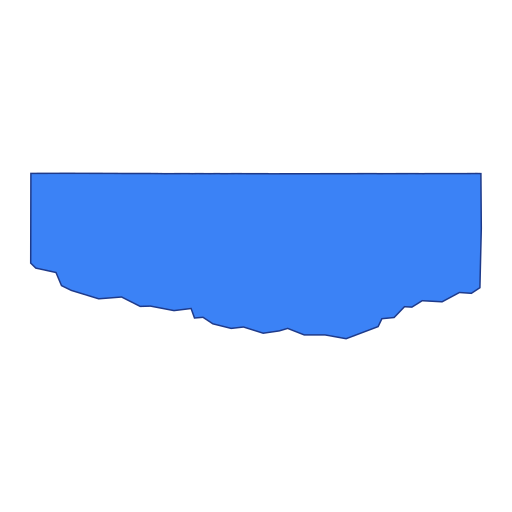 the district of Keya Paha, Nebraska, United States of America
{"feature_id": "52423323B7947065796297", "entity_name": "Keya Paha", "entity_type": "district", "adm_level": 2, "iso_a3": "USA", "parent_name": "United States of America", "parent_adm1": "Nebraska", "projection": "robinson", "projection_center": [-99.716, 42.858], "detail": "fine", "context": "isolated", "style": "filled", "palette": "blue", "viewbox_px": 512, "rotation_deg": 0, "n_neighbors": 0, "source": "geoboundaries", "source_scale": "gbopen_adm2", "svg_char_len": 1034}
<svg xmlns="http://www.w3.org/2000/svg" viewBox="0 0 512 512"><path d="M279.2,330.9L287.7,328.4L304.2,334.9L325.0,334.9L346.1,338.7L378.1,326.6L381.9,318.7L394.1,317.5L404.5,306.7L411.9,307.1L422.2,300.7L442.1,301.8L459.4,292.5L471.4,293.3L479.9,287.7L481.3,228.5L480.9,173.6L477.0,173.5L464.9,173.6L436.7,173.6L426.5,173.6L425.3,173.6L423.8,173.7L413.7,173.6L377.5,173.7L376.0,173.6L368.3,173.6L366.6,173.6L347.6,173.7L347.0,173.7L330.9,173.7L268.9,173.8L267.9,173.7L259.4,173.7L255.8,173.7L248.0,173.7L235.9,173.6L226.5,173.7L220.7,173.7L219.3,173.6L216.4,173.6L210.4,173.7L197.0,173.6L192.3,173.7L187.6,173.6L183.8,173.6L164.4,173.7L160.0,173.6L149.2,173.5L148.9,173.5L144.0,173.5L123.3,173.5L112.3,173.4L109.1,173.4L68.7,173.3L65.3,173.3L65.0,173.3L30.9,173.4L30.7,263.1L35.8,268.1L56.0,272.5L61.5,285.6L71.3,290.4L98.7,298.8L121.6,297.0L140.2,306.4L150.5,306.1L174.0,310.6L191.1,308.5L194.5,318.0L203.0,317.3L212.8,323.8L231.2,328.4L243.5,327.0L263.2,333.2L279.2,330.9Z" fill="#3b82f6" stroke="#1e3a8a" stroke-width="1.5"/></svg>